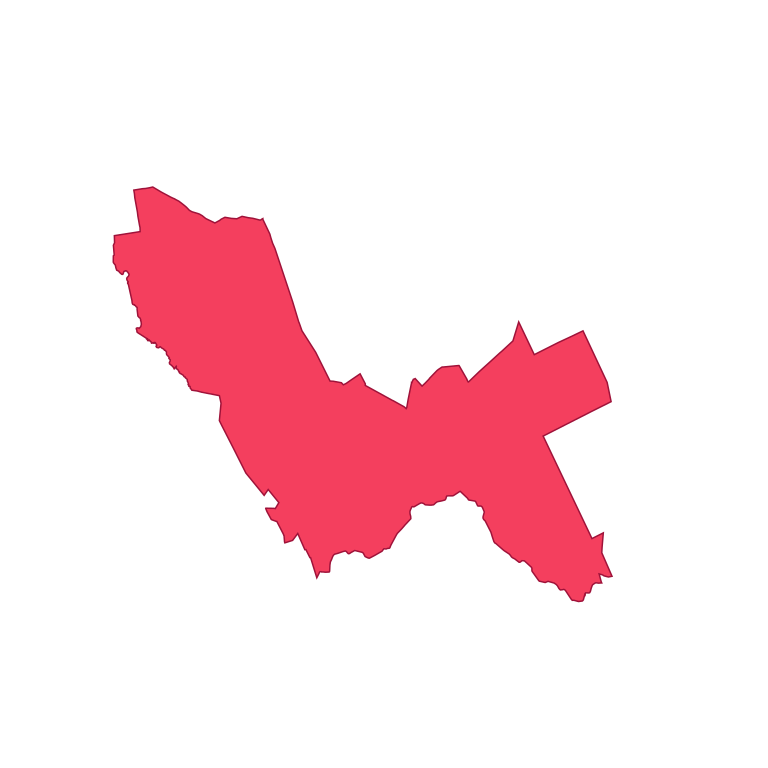 the district of Blontu pag., Ciblas, Latvia, rotated 66°
{"feature_id": "27541924B11369023113792", "entity_name": "Blontu pag.", "entity_type": "district", "adm_level": 2, "iso_a3": "LVA", "parent_name": "Latvia", "parent_adm1": "Ciblas", "projection": "robinson", "projection_center": [27.846, 56.653], "detail": "fine", "context": "isolated", "style": "filled", "palette": "rose", "viewbox_px": 768, "rotation_deg": 66, "n_neighbors": 0, "source": "geoboundaries", "source_scale": "gbopen_adm2", "svg_char_len": 6086}
<svg xmlns="http://www.w3.org/2000/svg" viewBox="0 0 768 768"><g transform="rotate(66 384 384)"><path d="M382.1,235.7L397.1,248.7L402.0,263.1L402.6,265.2L406.6,277.2L411.4,291.9L416.5,305.9L416.3,306.3L413.6,306.5L413.5,306.3L397.8,307.9L397.6,308.0L392.6,322.9L392.1,324.0L392.8,328.3L393.3,330.2L397.4,340.3L397.7,340.5L400.0,346.2L401.4,350.1L391.7,353.3L391.8,354.5L391.6,355.2L393.4,357.4L394.0,357.9L394.1,358.2L394.0,358.3L394.6,358.5L395.0,359.0L395.3,359.2L408.2,368.4L414.8,372.8L415.5,373.8L414.5,374.2L413.0,374.9L403.0,382.4L402.4,383.0L377.7,401.7L376.3,401.0L365.0,401.7L366.8,411.7L368.1,418.4L368.2,421.5L365.5,422.4L360.8,429.3L359.4,432.1L327.3,433.5L302.0,437.3L293.4,436.6L293.0,436.7L271.7,434.0L215.8,428.5L210.1,428.5L204.5,427.9L200.6,427.3L184.4,427.7L183.6,427.4L183.7,428.8L184.0,430.0L183.7,430.8L179.3,436.4L176.9,440.3L173.1,445.5L173.2,451.2L170.6,456.1L167.0,461.5L167.2,465.7L167.7,467.6L168.1,473.0L160.4,479.5L156.3,481.6L153.8,483.4L152.8,484.4L148.6,489.3L146.8,490.7L146.0,491.2L142.1,492.6L140.0,493.6L133.6,497.0L130.1,499.8L129.9,499.8L128.2,501.4L126.2,503.1L118.2,509.3L110.0,515.1L109.3,518.6L108.4,522.3L107.4,525.0L105.1,533.7L108.6,534.6L112.5,535.9L126.5,539.3L130.7,540.6L140.0,542.9L142.0,543.3L145.6,544.8L138.8,570.0L145.4,572.7L147.2,574.8L156.4,578.0L156.8,579.1L162.4,581.7L163.0,581.8L163.8,581.7L166.1,581.1L168.9,581.7L171.3,581.9L173.0,580.5L174.7,580.1L177.1,579.0L177.6,578.1L177.4,577.7L175.4,575.8L175.3,575.4L175.6,574.7L175.4,574.1L175.9,573.3L176.1,573.1L176.8,573.0L177.6,572.6L179.7,572.3L180.1,572.3L181.2,573.2L181.6,573.7L182.3,575.5L183.3,576.3L184.5,576.5L185.7,576.4L186.6,576.1L187.3,576.7L187.1,576.9L187.2,577.0L188.0,577.3L188.9,577.0L205.1,580.3L207.6,581.1L209.0,581.1L209.5,580.7L210.0,579.9L210.4,580.0L211.2,579.3L212.9,578.9L213.5,578.4L214.0,578.5L215.4,579.2L221.8,581.2L223.8,580.6L224.7,580.0L226.7,580.2L227.2,580.6L228.1,580.5L230.8,581.4L232.7,582.9L233.6,585.1L232.9,585.5L232.4,586.6L232.3,587.4L232.5,587.7L232.9,587.9L234.2,587.9L236.0,588.5L237.3,587.9L245.5,582.5L246.0,582.7L246.7,582.4L246.3,581.9L246.4,581.6L246.6,581.6L247.0,582.0L247.7,581.8L248.2,582.2L248.5,581.9L248.6,581.6L248.5,581.3L248.1,580.8L248.2,580.6L249.5,580.4L249.8,580.0L250.4,579.9L250.8,579.6L251.9,579.8L252.2,579.7L252.3,579.4L252.2,578.7L252.3,578.3L252.8,578.2L253.3,577.4L253.3,577.2L252.7,577.0L252.8,576.4L253.2,576.1L253.4,576.0L254.3,576.0L255.6,575.7L256.2,575.9L256.5,576.1L256.7,576.4L256.7,576.8L256.9,576.9L257.2,577.0L258.2,576.7L259.2,575.4L259.2,575.0L259.2,574.6L258.9,573.9L258.9,573.3L259.0,573.2L261.1,572.2L262.4,571.1L263.6,570.9L263.9,570.8L264.1,570.6L264.2,570.3L264.5,570.1L266.2,569.7L267.8,570.4L268.8,570.6L270.8,569.9L272.7,569.5L273.2,570.1L275.0,569.4L276.5,570.5L277.0,571.3L278.4,571.7L280.6,570.5L283.2,569.6L284.8,569.5L283.3,566.6L283.7,566.6L284.5,567.2L285.6,567.5L286.8,566.5L288.7,566.4L289.7,566.0L290.2,566.4L291.7,565.8L292.2,565.2L294.5,563.8L295.8,563.7L296.5,563.3L296.8,562.8L297.6,562.9L299.5,562.0L300.0,561.9L301.2,562.5L302.3,562.4L304.0,562.5L304.3,562.6L304.6,563.1L305.0,563.2L305.6,562.7L306.6,563.2L307.4,562.6L307.5,562.2L309.4,562.7L310.3,562.2L311.5,562.1L312.9,559.9L314.4,557.5L317.5,553.7L327.7,539.1L335.3,540.7L350.5,549.3L355.6,549.1L379.9,547.8L409.2,546.4L437.0,538.8L433.3,532.7L449.6,528.3L453.6,534.0L452.9,535.0L449.4,542.5L449.6,542.7L453.2,542.8L461.9,542.1L462.3,541.8L465.6,538.4L466.0,537.8L480.0,537.0L481.5,537.1L481.9,537.0L487.8,539.1L488.8,539.2L489.7,531.1L485.5,523.6L503.2,523.7L503.5,522.7L512.5,522.3L512.8,521.7L533.7,524.2L531.1,521.0L529.7,519.4L529.5,518.9L529.7,518.1L529.9,517.7L530.4,517.4L530.8,516.3L532.1,514.1L533.4,510.7L533.4,510.3L533.1,510.0L532.7,509.7L527.3,507.0L524.7,505.3L523.2,503.5L520.8,501.1L520.0,500.0L519.6,499.2L519.4,498.3L519.9,495.2L520.4,489.6L520.8,487.3L521.8,486.5L523.6,486.0L524.5,485.6L524.6,485.4L524.9,484.4L524.6,483.2L524.2,478.5L524.4,478.2L528.9,472.4L529.3,472.1L530.3,471.7L533.5,471.5L534.0,471.4L535.7,470.0L536.0,469.6L536.5,469.3L537.2,468.1L536.8,462.1L536.2,456.4L536.0,454.2L535.9,453.7L535.2,452.5L534.6,451.4L534.6,451.0L534.8,450.5L535.3,449.7L535.6,449.0L535.6,447.8L536.2,445.9L536.1,445.5L535.9,445.1L535.2,444.5L533.9,443.1L527.0,434.2L525.9,432.6L523.4,426.5L521.4,422.3L518.0,414.3L517.0,413.9L515.6,413.4L513.5,413.1L512.2,412.7L510.9,412.1L509.6,410.9L507.7,408.7L507.5,408.1L507.6,407.7L508.3,406.9L508.4,406.4L507.7,400.1L507.7,398.5L508.5,397.2L509.5,396.3L510.8,395.7L511.3,395.2L513.2,391.6L513.8,390.3L514.5,387.9L514.4,387.3L513.7,385.4L513.3,383.6L513.4,382.6L514.2,379.1L514.7,376.0L514.7,375.3L514.5,374.8L513.6,373.8L512.2,372.7L511.9,372.2L512.4,370.5L514.0,367.0L514.2,366.0L513.8,363.4L513.0,358.5L513.1,358.0L522.5,354.1L523.9,354.0L524.5,353.7L527.9,348.6L528.4,348.3L528.7,348.1L533.3,348.0L533.7,347.7L533.9,347.4L534.9,345.1L535.3,344.8L536.5,344.3L541.6,344.4L542.1,344.7L545.3,347.3L546.1,347.8L547.0,348.1L548.4,348.0L550.1,347.3L550.9,347.2L562.9,346.6L567.7,347.2L572.6,347.7L574.0,347.5L574.5,347.3L575.2,346.7L583.4,342.9L585.2,342.0L590.2,338.8L591.3,338.4L594.0,337.8L595.4,337.0L596.8,335.8L601.8,333.1L602.0,332.6L602.1,331.8L601.5,329.9L602.6,327.7L611.3,323.9L612.0,323.8L612.6,323.9L614.7,324.8L615.4,324.9L626.6,322.6L627.3,322.3L630.9,317.5L631.0,314.4L635.0,309.6L637.2,308.2L639.0,307.6L641.8,307.4L643.2,307.0L643.9,306.6L644.5,304.7L644.7,303.4L645.3,302.7L646.5,302.2L656.8,300.5L658.2,300.0L658.8,298.5L661.5,295.2L661.9,294.6L662.9,291.1L662.6,290.2L662.2,289.6L659.6,287.5L657.9,286.1L658.4,286.0L657.8,285.6L657.6,285.6L656.9,284.8L656.9,284.5L658.1,282.1L658.3,281.4L658.3,281.0L658.2,280.8L657.3,279.7L654.9,277.8L652.7,275.7L652.3,275.1L652.0,273.8L651.7,271.7L652.1,270.7L653.1,269.2L654.3,266.0L652.9,266.0L645.0,264.7L646.9,262.4L647.4,261.9L648.7,261.1L650.8,258.5L651.6,257.4L652.4,253.9L626.8,253.7L621.9,251.2L609.2,244.2L609.8,256.9L496.3,259.8L493.5,206.0L492.5,183.7L473.3,179.5L416.4,180.6L416.8,195.9L417.0,207.8L418.3,234.8L382.1,235.7Z" fill="#f43f5e" stroke="#9f1239" stroke-width="1.5"/></g></svg>